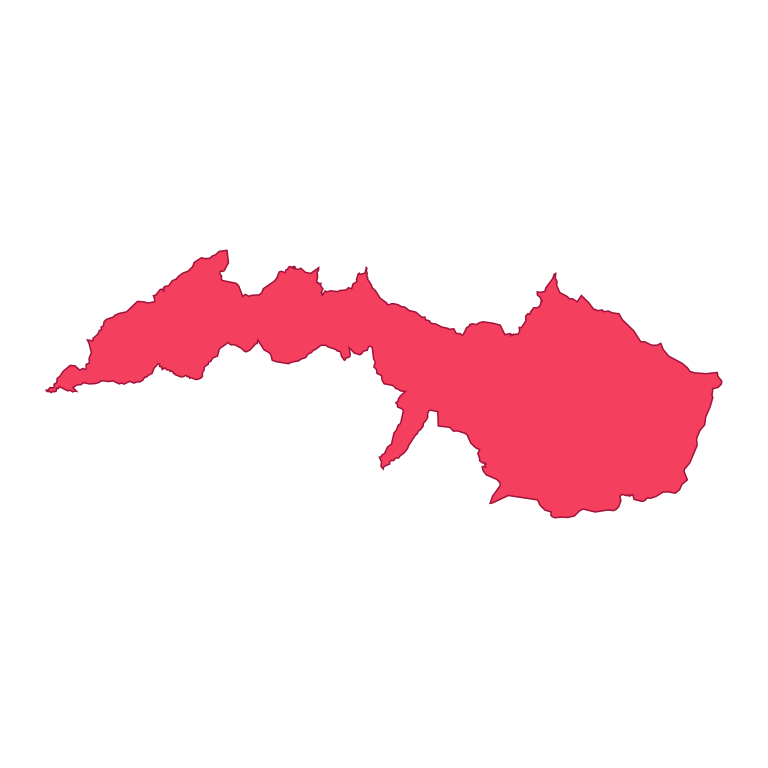 the district of Otavalo, Imbabura, Ecuador
{"feature_id": "8360857B9675012556832", "entity_name": "Otavalo", "entity_type": "district", "adm_level": 2, "iso_a3": "ECU", "parent_name": "Ecuador", "parent_adm1": "Imbabura", "projection": "mercator", "projection_center": [-78.375, 0.223], "detail": "fine", "context": "isolated", "style": "filled", "palette": "rose", "viewbox_px": 768, "rotation_deg": 0, "n_neighbors": 0, "source": "geoboundaries", "source_scale": "gbopen_adm2", "svg_char_len": 6085}
<svg xmlns="http://www.w3.org/2000/svg" viewBox="0 0 768 768"><path d="M555.7,273.5L554.1,274.4L552.7,278.6L545.8,287.9L544.9,291.4L539.9,292.4L537.3,291.8L537.3,294.8L540.5,297.7L540.7,299.4L542.1,301.1L540.9,301.8L540.7,304.1L539.0,306.8L537.0,307.8L533.7,307.8L530.6,311.8L529.8,314.4L528.0,313.7L525.9,315.7L525.7,321.1L521.2,327.8L519.2,327.4L519.6,331.4L518.1,334.4L516.4,334.0L514.5,334.7L513.5,334.1L512.7,335.1L511.4,334.4L510.6,335.6L510.1,333.6L504.8,334.6L500.3,325.2L493.5,323.3L482.9,321.8L478.9,322.9L476.5,324.6L472.5,323.8L469.7,324.6L469.8,325.6L466.5,327.8L463.2,334.8L462.2,335.1L460.1,333.6L456.2,333.4L453.8,328.8L449.0,329.3L448.1,328.4L441.6,327.0L436.2,324.1L430.9,323.2L429.2,320.7L425.7,319.9L424.8,317.0L422.0,317.4L415.8,312.1L409.1,310.5L404.9,307.1L401.4,306.6L398.1,304.7L394.3,303.8L391.9,303.6L388.4,304.9L387.3,304.4L387.1,303.3L380.1,298.1L375.5,290.7L372.1,287.6L371.5,285.3L367.6,279.1L367.6,277.0L366.4,275.8L367.3,274.0L366.2,269.7L367.0,268.6L366.3,267.6L365.1,273.0L360.4,274.5L359.3,273.2L358.3,273.8L356.5,279.2L356.8,281.7L352.9,284.1L351.7,288.7L348.3,287.7L346.2,290.0L339.8,290.5L337.8,291.6L330.4,290.8L327.2,291.8L325.1,291.0L322.0,295.9L322.2,293.4L321.1,292.7L323.0,289.0L320.6,285.7L320.9,283.5L319.4,284.2L318.6,282.8L316.5,282.4L317.6,276.9L317.1,272.0L318.5,270.4L318.7,267.7L310.7,273.4L305.5,272.4L300.7,268.2L298.7,269.4L295.2,268.9L294.2,267.5L292.2,268.5L294.3,266.9L295.8,268.1L294.4,266.4L291.3,267.3L290.0,266.5L288.4,267.4L287.6,269.3L286.1,269.8L285.0,272.6L281.3,271.3L279.2,272.0L276.7,278.2L274.2,281.3L263.3,288.7L261.6,292.9L259.0,294.9L250.9,295.4L249.3,296.4L245.3,294.4L242.7,296.4L238.6,285.7L236.2,283.3L222.7,280.6L221.3,279.5L221.6,276.0L219.9,274.0L219.9,272.0L221.1,271.0L222.7,271.5L224.3,270.5L228.5,262.7L227.0,250.3L219.2,251.4L215.5,254.8L212.3,256.0L209.8,258.3L204.3,258.6L201.5,257.7L194.2,262.4L192.7,266.6L188.0,271.2L183.1,273.0L178.2,276.5L176.4,279.0L172.2,280.7L168.7,285.7L164.7,286.5L163.4,288.3L163.8,290.9L161.7,289.2L160.2,289.5L155.5,295.3L153.4,295.6L154.9,300.3L154.2,301.8L147.6,303.1L144.3,301.9L137.5,301.4L126.6,311.8L119.3,313.4L115.0,315.2L113.5,317.0L106.4,319.4L104.1,321.6L103.4,325.8L101.1,327.2L101.6,329.9L99.5,330.4L97.8,334.2L93.3,338.2L92.6,340.9L87.4,339.9L89.1,343.6L91.4,352.5L89.1,358.3L89.3,363.1L86.1,364.4L86.2,368.9L84.6,369.4L83.0,368.4L79.8,370.1L74.9,365.8L70.2,365.4L63.2,371.3L59.8,376.4L57.2,378.4L56.7,382.7L54.0,384.3L54.4,386.3L53.5,387.7L49.8,387.7L48.2,390.0L46.1,390.2L47.1,391.5L49.6,391.5L51.1,392.6L52.4,391.6L54.1,391.8L56.2,391.1L56.5,388.2L58.3,388.6L59.4,386.6L67.6,390.8L70.2,390.3L72.7,391.9L75.1,391.0L76.5,391.3L72.9,387.5L77.1,384.9L80.9,384.7L83.6,382.7L89.0,383.9L95.1,383.6L99.4,382.3L100.6,381.1L103.8,380.8L108.5,381.6L112.9,380.8L119.1,383.9L121.6,383.1L124.1,384.1L129.6,381.4L134.1,383.1L136.4,382.0L139.9,381.9L142.8,380.2L144.9,376.9L146.5,377.2L148.3,375.3L152.0,373.4L154.2,367.9L158.4,363.6L159.6,364.2L159.5,366.5L161.6,367.0L162.2,369.5L164.7,367.9L167.1,370.0L169.3,369.9L170.1,371.4L172.3,371.1L173.6,373.6L174.6,373.6L175.2,374.7L180.5,376.8L183.1,376.8L185.9,375.3L187.5,376.8L189.1,376.6L189.7,378.2L191.3,377.7L195.5,379.5L197.4,379.4L200.7,378.2L202.5,376.4L202.3,372.7L204.1,370.2L204.0,368.2L204.8,366.5L208.2,364.3L208.5,362.4L210.9,361.2L212.9,357.9L217.5,356.0L219.4,348.8L228.5,342.4L230.3,344.7L235.1,344.9L241.5,348.4L244.6,351.4L246.4,351.8L249.8,350.1L255.5,344.1L257.2,343.3L257.9,340.1L264.0,349.8L269.6,353.0L271.1,355.5L272.2,360.2L275.4,361.5L288.3,363.7L292.0,362.1L298.8,360.8L301.0,359.1L305.6,357.6L308.2,353.9L311.4,352.6L313.4,350.3L315.4,349.6L320.9,345.3L325.9,345.3L328.0,346.9L335.2,349.2L337.4,351.0L339.8,351.3L341.1,353.5L341.3,356.0L344.3,360.2L345.2,359.9L345.5,358.4L349.7,356.8L350.2,354.6L349.2,347.6L354.2,353.0L359.7,354.7L361.4,354.0L363.3,351.2L367.3,350.2L368.5,346.6L369.9,346.2L372.2,347.3L373.6,358.8L375.3,362.0L373.9,366.9L376.4,369.4L377.0,373.5L381.5,375.6L382.1,380.2L384.2,383.8L392.2,385.3L394.4,386.6L395.9,388.7L397.2,388.6L400.8,391.0L405.4,391.4L400.3,396.1L398.3,399.1L398.3,400.7L395.8,402.9L397.2,404.1L397.6,407.0L402.0,408.8L403.4,410.7L400.8,422.5L399.9,424.2L398.3,425.1L396.4,430.2L394.0,432.9L391.5,444.1L387.5,447.1L384.5,453.5L381.8,455.1L381.1,456.9L379.4,457.2L381.5,462.0L381.0,466.4L383.2,469.0L383.5,467.3L385.1,465.9L389.6,464.1L389.7,462.0L391.2,460.5L393.7,460.6L395.4,458.0L398.6,458.0L400.2,455.8L404.2,452.8L407.6,448.4L408.7,445.4L415.5,435.0L417.2,433.8L418.3,431.1L420.7,429.5L423.0,426.4L423.6,422.9L426.0,420.5L427.8,417.1L427.5,414.0L428.8,410.9L430.5,410.1L437.8,411.7L438.3,426.0L449.8,427.3L453.4,431.1L457.6,430.9L464.9,433.3L467.1,434.8L470.8,443.1L475.6,447.7L479.8,449.8L477.8,453.3L479.6,458.5L479.5,460.6L482.6,463.0L484.7,462.7L485.8,464.0L484.7,464.2L485.6,467.0L483.5,466.4L482.1,466.9L483.2,470.8L486.3,474.9L496.8,479.4L500.1,482.9L500.2,485.5L492.5,496.3L490.1,503.3L492.8,502.8L508.3,495.5L537.5,499.9L540.2,505.4L545.0,510.1L551.3,512.0L550.8,515.0L552.0,516.5L554.6,517.7L562.3,517.1L567.6,517.5L574.4,516.0L579.6,510.8L583.0,509.0L595.2,512.0L607.7,510.0L613.7,510.6L616.3,509.3L618.7,506.7L620.9,500.6L619.9,496.6L621.9,494.4L626.9,495.7L629.1,494.8L629.3,496.2L632.8,494.6L634.0,499.4L642.1,501.4L644.7,500.6L646.9,498.1L651.1,498.1L656.1,496.4L663.0,492.1L668.6,491.9L674.8,493.2L675.8,492.9L679.6,489.6L681.9,484.4L687.4,479.8L684.1,471.7L684.4,469.4L689.8,462.8L697.1,445.6L696.6,438.8L697.3,436.7L700.1,430.2L704.7,424.8L705.7,417.1L710.2,406.6L712.8,397.5L712.0,395.6L712.8,388.7L718.1,387.4L721.1,384.4L721.9,381.3L717.9,376.3L717.2,372.5L705.8,373.7L694.3,372.8L689.8,371.3L687.4,367.8L681.9,363.2L668.8,356.2L663.1,349.4L660.8,343.3L657.1,345.2L651.7,345.2L644.8,341.8L640.8,341.8L633.6,330.6L622.2,319.6L619.1,313.8L612.3,312.8L608.3,311.0L604.9,311.7L602.7,311.0L602.2,309.9L597.8,310.7L595.0,309.3L593.9,309.6L588.9,302.9L581.4,295.5L577.2,301.8L572.8,298.9L569.2,298.7L567.4,296.6L559.7,292.5L556.5,284.9L557.1,281.8L555.3,278.0L555.7,273.5Z" fill="#f43f5e" stroke="#9f1239" stroke-width="1.5"/></svg>